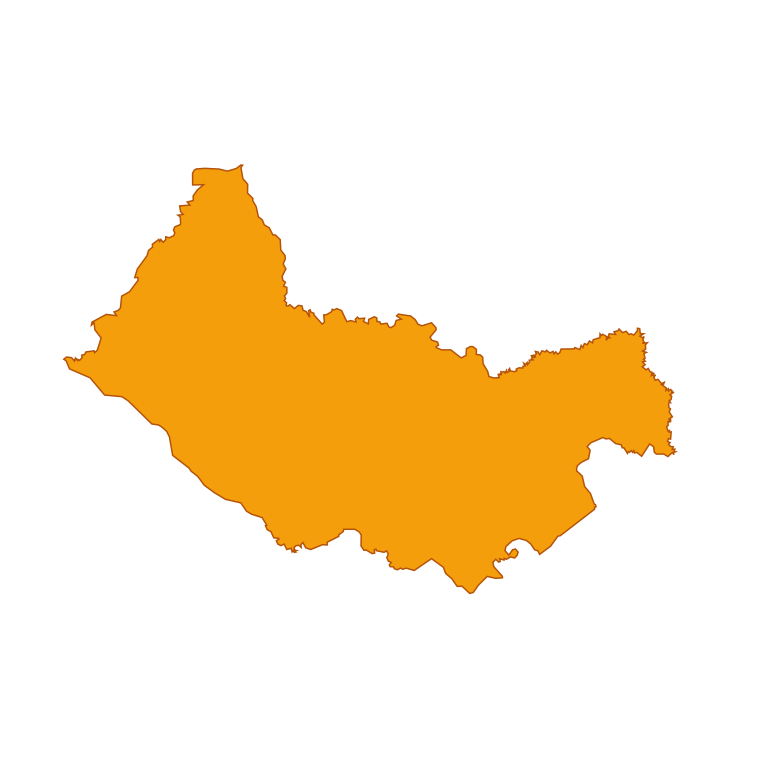 the district of Majalengka, Jawa Barat, Indonesia, rotated 125°
{"feature_id": "22746128B87647472826371", "entity_name": "Majalengka", "entity_type": "district", "adm_level": 2, "iso_a3": "IDN", "parent_name": "Indonesia", "parent_adm1": "Jawa Barat", "projection": "albers", "projection_center": [108.194, -6.808], "detail": "fine", "context": "isolated", "style": "filled", "palette": "amber", "viewbox_px": 768, "rotation_deg": 125, "n_neighbors": 0, "source": "geoboundaries", "source_scale": "gbopen_adm2", "svg_char_len": 6159}
<svg xmlns="http://www.w3.org/2000/svg" viewBox="0 0 768 768"><g transform="rotate(125 384 384)"><path d="M547.4,660.5L547.3,657.7L552.0,650.3L547.5,628.3L553.3,606.5L544.7,591.4L544.5,583.9L549.9,551.2L546.9,545.3L546.7,541.7L547.4,534.9L550.5,529.3L563.7,516.2L564.7,495.5L566.1,491.8L566.5,483.7L570.0,473.1L570.3,460.3L569.4,447.7L563.5,433.1L567.1,423.5L566.6,417.6L563.3,407.3L566.9,399.1L568.0,399.9L570.3,396.1L569.8,391.9L573.2,386.1L570.9,381.8L571.4,381.0L574.1,382.3L576.0,379.2L575.5,375.7L572.4,373.9L575.4,368.7L571.8,365.8L574.2,363.0L572.4,362.8L573.4,360.9L572.3,359.9L572.1,361.5L570.6,360.1L571.2,362.2L569.5,363.8L566.8,363.3L565.0,361.3L565.3,358.1L563.3,359.9L560.4,359.5L563.1,354.1L561.6,349.1L550.9,342.2L548.4,338.2L546.2,339.8L534.8,333.7L533.5,334.5L528.2,332.8L526.1,333.7L519.7,324.5L519.4,319.5L520.8,316.0L529.8,310.0L531.7,305.1L530.2,303.3L529.7,296.3L527.9,294.7L525.2,296.9L523.9,295.8L524.9,294.6L521.8,287.4L519.2,286.2L520.9,282.9L524.6,282.1L526.6,278.9L526.1,275.8L529.3,275.8L530.1,274.2L528.3,271.3L529.4,269.5L528.5,266.5L525.3,264.9L525.1,262.5L522.1,260.2L519.4,252.3L499.8,244.9L500.1,230.2L503.8,224.8L504.6,216.7L507.8,208.0L504.9,204.2L506.4,193.7L503.6,191.3L494.7,191.3L482.4,189.1L479.2,181.2L474.8,175.8L473.6,176.8L470.7,189.2L467.7,192.5L463.4,191.9L464.1,188.0L462.8,187.0L460.9,189.0L459.3,184.7L457.9,185.5L457.4,183.2L453.0,181.2L451.6,177.2L447.9,176.7L444.8,177.7L443.8,181.7L446.0,183.6L452.5,183.6L451.1,189.4L447.1,190.9L439.0,189.1L433.1,184.9L430.5,177.7L430.9,171.9L433.4,165.6L432.4,162.2L434.3,158.8L421.3,154.5L409.0,154.3L407.1,152.6L365.8,139.7L364.2,140.9L363.0,139.9L361.5,141.6L361.8,142.9L355.3,152.1L352.9,160.9L345.7,168.8L344.7,176.2L342.6,177.9L339.6,178.7L334.9,177.4L327.9,173.6L320.0,177.2L318.7,181.7L313.3,180.8L302.2,173.9L301.8,170.9L299.3,168.0L299.9,160.0L297.7,154.8L299.6,152.3L298.7,150.8L301.2,144.7L299.2,145.0L299.1,143.7L296.7,143.2L297.4,141.1L295.4,141.1L296.8,139.2L295.0,137.8L295.4,131.5L280.7,132.0L280.8,127.1L284.8,123.5L285.2,120.7L280.9,114.7L280.6,109.8L274.8,108.5L275.6,105.9L274.1,107.8L272.3,106.3L272.7,107.6L270.5,108.4L272.4,110.4L269.5,111.1L270.8,113.4L270.2,116.2L267.8,116.0L268.5,118.8L265.6,119.7L264.8,117.6L258.5,121.3L259.8,122.7L258.3,123.6L259.6,124.6L256.8,128.1L254.9,127.5L252.0,129.7L251.1,128.2L248.9,131.0L249.5,128.3L247.2,129.9L245.5,128.9L243.3,134.4L240.1,135.0L239.9,137.1L237.1,139.4L235.6,139.9L234.9,138.6L233.9,140.9L232.2,139.9L229.1,141.3L228.9,143.6L224.3,141.8L225.9,143.4L224.2,144.4L224.2,146.3L226.5,146.9L224.8,148.4L227.6,149.4L225.4,150.5L225.3,156.2L223.9,154.8L221.8,155.4L224.5,156.8L223.0,162.2L225.3,164.0L223.7,166.8L220.7,166.8L222.7,167.6L222.5,168.6L219.9,169.1L223.5,169.9L220.7,171.1L221.3,173.0L219.7,176.5L222.1,177.5L221.7,182.4L218.5,181.1L217.6,184.9L215.5,183.0L214.9,185.7L213.3,184.8L209.9,188.6L207.6,187.2L208.7,191.1L205.4,189.6L202.1,192.3L199.2,192.0L202.5,195.7L200.6,194.9L199.4,197.2L195.9,198.2L197.8,198.6L198.0,201.9L194.0,200.1L195.7,203.0L192.0,206.3L193.0,208.4L195.0,207.0L200.6,207.4L201.1,210.3L203.0,211.8L201.9,215.8L205.1,218.2L204.1,223.0L206.3,222.9L209.2,225.6L210.6,222.7L213.8,228.4L216.6,227.4L216.7,225.7L217.9,227.1L220.8,227.1L217.4,228.7L217.9,233.5L219.5,233.7L219.0,235.8L222.2,233.7L227.7,238.0L230.7,236.8L230.9,240.4L235.2,240.1L236.0,243.0L240.1,242.0L239.3,244.6L243.5,243.4L244.7,248.6L246.2,248.4L253.8,259.0L257.4,258.0L260.0,258.9L259.1,261.7L261.8,262.0L260.3,264.2L263.4,265.9L263.2,270.3L265.1,270.2L266.3,273.7L270.6,273.2L269.4,276.2L270.6,278.7L271.8,276.5L274.1,277.1L275.1,275.5L276.2,276.5L274.8,278.2L276.4,279.5L277.0,277.8L278.5,277.8L278.7,275.8L281.2,278.7L282.6,277.4L285.7,277.5L284.3,279.1L286.7,279.1L286.8,281.4L288.4,278.8L289.7,280.3L291.3,279.5L293.4,282.8L296.0,284.2L297.1,282.8L299.2,284.4L300.8,288.1L299.2,290.0L301.0,290.1L301.4,288.4L303.9,289.7L302.5,291.5L305.5,291.0L305.0,292.8L306.9,294.3L306.6,295.9L308.1,293.8L309.4,294.9L308.8,292.9L311.0,295.6L312.7,293.3L316.0,297.4L317.7,302.3L314.2,306.3L310.6,314.4L305.4,318.6L305.0,322.0L306.9,325.3L302.6,328.2L302.4,332.6L303.8,334.8L307.8,336.7L313.5,333.2L318.4,335.8L317.7,348.8L323.0,356.4L324.2,361.8L323.6,362.7L320.9,361.6L318.9,364.3L320.7,370.0L319.3,373.1L309.6,372.4L308.0,373.9L306.6,380.2L314.5,386.2L315.6,390.4L313.4,395.3L313.0,401.1L318.5,412.3L321.0,412.7L320.9,407.0L325.0,410.5L329.8,408.9L333.8,410.6L334.5,412.8L332.5,416.4L336.7,420.9L335.5,423.2L336.8,425.6L334.0,427.9L334.5,430.5L339.9,433.6L343.8,431.3L344.5,436.7L341.2,437.6L344.9,442.1L344.4,444.1L347.4,444.6L349.2,442.5L351.2,447.7L354.3,450.2L348.2,460.9L349.3,465.9L352.1,467.5L352.5,469.3L354.7,468.4L360.0,470.7L362.0,473.0L367.5,468.3L370.4,469.0L367.6,481.0L366.3,482.0L367.0,485.2L365.6,487.1L367.1,487.8L372.0,483.1L369.2,489.1L370.0,492.6L367.1,496.0L368.8,499.3L373.6,500.6L373.0,506.6L375.3,507.3L376.0,509.0L373.3,510.5L373.0,513.6L370.6,513.5L368.9,516.0L365.3,515.7L360.6,519.0L361.4,522.4L357.2,523.1L357.1,526.3L354.3,529.2L346.0,530.4L343.5,535.4L338.2,536.6L335.6,538.7L333.5,545.4L325.3,551.8L324.2,558.4L325.6,560.6L321.9,567.5L322.3,573.4L319.3,577.9L319.1,582.8L312.0,590.5L309.1,596.7L307.2,597.9L305.9,605.3L298.6,610.2L296.7,617.4L288.7,625.4L285.9,625.3L286.6,626.8L292.3,628.7L299.4,634.3L302.5,642.3L310.0,654.3L315.6,661.2L317.9,662.1L321.2,661.7L330.7,654.9L324.2,646.1L332.0,648.2L339.4,648.2L343.1,645.5L347.8,649.6L348.8,645.6L355.3,653.5L359.5,649.5L360.3,645.8L363.9,649.6L363.9,646.9L368.9,642.8L370.3,642.3L375.3,645.5L378.7,644.7L380.0,642.2L383.0,641.3L387.4,643.8L388.6,647.2L391.0,645.6L394.6,646.2L393.6,649.7L395.9,649.4L394.7,651.4L402.4,653.9L404.7,652.1L409.6,653.5L414.9,651.7L431.3,652.0L439.8,649.2L437.9,646.7L440.1,644.9L454.4,645.4L462.5,649.3L472.9,643.5L476.3,644.0L479.8,646.5L481.4,642.3L486.3,651.4L500.8,658.7L503.6,657.4L500.1,656.7L505.5,651.8L508.5,642.1L520.8,638.2L524.2,639.0L523.1,640.5L528.6,646.5L531.7,646.2L533.7,648.2L535.5,646.4L539.2,646.9L539.2,648.1L540.4,648.1L539.6,650.2L540.9,650.4L540.1,651.6L542.7,650.8L541.6,655.0L544.0,659.5L547.4,660.5Z" fill="#f59e0b" stroke="#b45309" stroke-width="1.5"/></g></svg>